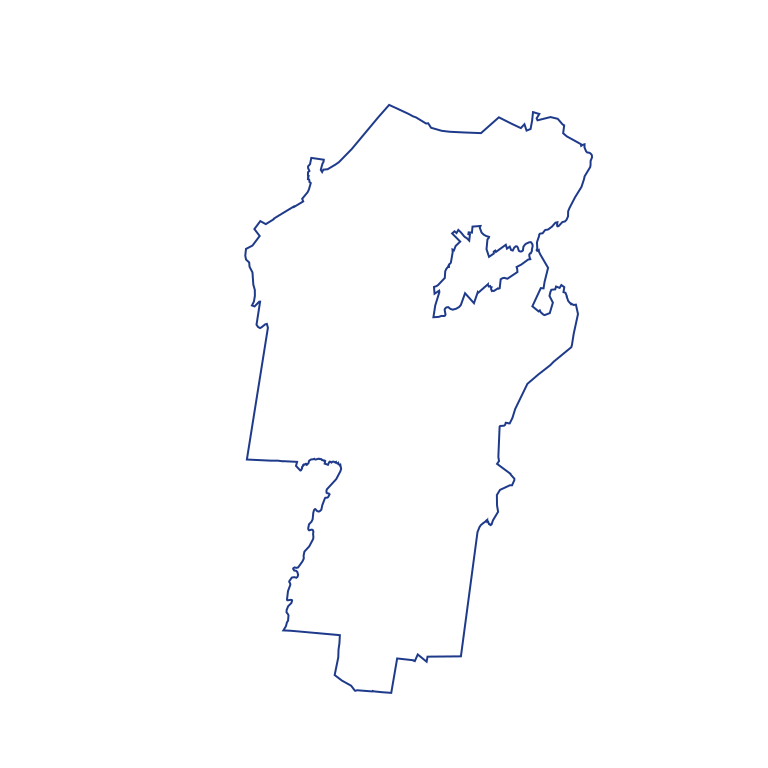 Abavas pag., Talsi, Latvia, rotated 286°
{"feature_id": "27541924B53865799489570", "entity_name": "Abavas pag.", "entity_type": "district", "adm_level": 2, "iso_a3": "LVA", "parent_name": "Latvia", "parent_adm1": "Talsi", "projection": "robinson", "projection_center": [22.52, 57.069], "detail": "fine", "context": "isolated", "style": "outline", "palette": "blue", "viewbox_px": 768, "rotation_deg": 286, "n_neighbors": 0, "source": "geoboundaries", "source_scale": "gbopen_adm2", "svg_char_len": 6155}
<svg xmlns="http://www.w3.org/2000/svg" viewBox="0 0 768 768"><g transform="rotate(286 384 384)"><path d="M653.7,312.0L638.7,304.9L600.9,288.2L584.8,279.5L581.5,276.8L574.9,270.6L573.3,266.6L570.7,266.1L572.4,264.2L578.3,264.1L581.1,264.6L583.0,264.3L581.3,251.8L574.9,252.3L572.5,251.1L571.9,251.1L570.5,251.6L568.2,253.6L566.6,252.6L563.8,253.3L563.1,253.7L563.1,254.2L562.0,253.9L561.6,254.4L560.2,254.3L559.9,254.4L560.0,255.3L559.6,255.9L557.6,256.7L557.0,258.2L550.2,258.2L547.3,257.7L539.5,254.3L537.2,256.0L529.4,248.7L529.8,248.4L517.5,237.0L512.6,232.5L512.0,232.6L505.1,226.3L506.5,220.2L497.2,216.7L492.0,223.7L480.8,219.4L475.8,214.1L469.0,215.3L465.6,217.1L463.7,220.9L459.7,222.4L455.0,226.8L443.5,231.0L438.8,233.9L433.1,235.6L428.6,236.1L427.3,236.2L423.1,235.4L422.9,238.2L428.7,241.3L429.0,242.2L405.9,245.1L404.1,247.2L403.6,249.4L404.7,250.6L408.5,253.3L409.5,254.8L406.1,256.9L273.6,273.0L279.2,296.7L281.1,303.4L281.8,308.1L282.0,308.2L285.2,321.9L281.0,322.0L277.8,327.4L278.2,328.0L280.3,328.5L281.5,328.1L282.8,328.7L283.6,328.5L284.5,329.1L284.3,329.5L284.5,329.8L285.5,330.5L285.3,330.9L285.6,331.3L285.0,331.6L284.9,332.0L287.0,333.2L289.6,333.2L291.3,334.6L292.2,336.8L292.9,337.6L292.5,338.6L292.6,339.3L294.1,341.5L294.0,342.4L294.4,342.9L294.2,343.5L294.5,344.6L293.8,345.4L294.0,346.2L293.6,347.1L294.1,348.0L293.8,348.7L291.1,348.9L290.9,352.4L293.6,352.8L294.5,353.4L294.0,355.2L294.9,355.6L295.5,357.0L295.2,358.4L295.8,359.2L295.1,359.4L295.3,360.0L294.7,361.1L294.7,361.7L295.3,361.9L294.3,362.6L294.1,363.5L293.4,363.5L293.7,363.6L293.4,364.1L294.1,364.4L290.6,366.2L288.0,366.1L279.4,364.3L267.0,358.1L265.4,358.1L263.6,358.8L263.4,359.4L263.5,361.1L263.1,362.0L262.8,362.1L260.0,361.5L259.2,360.9L258.4,358.9L257.6,358.7L250.7,358.1L245.9,358.4L244.2,357.4L243.4,356.5L243.4,354.8L244.8,352.5L244.5,351.9L243.3,351.5L240.9,351.5L234.3,352.7L231.8,352.3L228.5,350.6L224.4,350.9L223.2,351.5L222.7,352.4L224.0,354.4L224.1,355.4L223.8,356.0L222.6,356.8L220.2,357.2L217.5,358.3L215.4,358.6L207.3,356.9L201.0,353.7L197.0,354.0L194.1,355.0L191.0,354.5L184.0,352.0L183.2,350.7L183.0,348.6L182.1,347.7L181.3,347.6L180.0,349.0L180.2,351.1L179.4,352.5L176.8,354.1L174.8,354.0L173.6,353.2L173.6,351.0L172.5,348.7L168.3,347.3L167.6,347.5L166.4,348.8L165.1,349.3L158.4,348.8L149.9,350.2L149.5,350.6L149.6,351.2L150.7,353.5L151.0,354.9L150.4,355.4L147.9,355.3L143.9,353.1L139.9,352.7L137.7,353.2L136.1,355.3L135.2,356.0L130.0,357.0L128.1,356.4L124.2,356.5L119.4,355.2L121.1,362.4L130.4,410.8L122.6,412.6L116.1,413.5L108.6,415.4L90.6,416.8L87.3,425.3L84.9,435.6L81.2,440.5L81.2,441.0L82.2,442.6L85.1,456.8L85.4,457.8L85.8,457.8L85.8,459.3L87.3,467.6L89.1,476.1L123.8,472.3L126.4,487.5L126.5,488.5L126.2,488.6L126.1,490.0L133.3,491.0L128.8,501.5L133.9,501.0L143.4,533.0L267.4,514.7L272.6,515.2L274.9,515.9L277.6,517.7L279.4,519.2L281.0,520.0L280.2,520.8L281.1,521.0L280.0,521.4L280.3,522.1L278.3,523.5L278.2,524.0L278.4,524.3L277.7,525.2L278.4,526.0L278.2,526.6L278.7,526.1L283.0,526.3L292.6,528.9L298.5,526.1L308.4,523.1L314.2,524.7L321.4,533.0L321.9,535.0L327.6,535.8L328.9,535.4L332.0,530.5L332.5,530.4L338.4,514.7L341.6,515.8L345.5,514.0L374.8,506.9L375.7,507.3L377.0,510.9L378.2,511.7L380.3,511.7L380.6,513.7L380.4,514.2L380.8,515.7L386.8,516.8L396.2,517.0L423.7,521.8L435.8,529.8L448.0,538.7L452.3,541.0L471.0,553.9L473.3,553.9L484.6,552.5L504.7,551.2L513.2,546.6L512.2,544.5L512.9,541.7L512.4,541.6L514.6,538.2L518.4,535.5L518.7,535.6L521.7,533.3L521.8,531.2L526.8,530.6L528.0,527.2L524.8,526.3L525.1,522.5L522.2,522.5L520.7,518.9L518.4,518.6L514.3,518.8L508.8,523.9L497.8,523.8L494.5,519.4L494.6,518.1L496.2,514.8L497.7,513.5L496.4,512.6L499.6,505.2L519.4,508.3L519.9,511.0L526.5,510.2L540.9,509.7L551.8,498.3L554.0,496.4L555.5,495.8L554.2,494.6L554.8,493.8L556.5,494.0L562.2,492.0L563.5,492.0L569.2,492.3L570.4,492.0L571.5,492.5L572.6,494.9L576.3,496.4L576.7,496.9L577.6,499.0L578.2,499.5L581.6,502.1L586.3,504.3L587.3,506.1L584.6,506.5L583.7,506.9L583.4,507.3L583.6,507.8L584.2,508.5L588.8,510.8L590.2,513.2L592.2,514.2L595.9,514.7L600.8,513.4L604.4,513.8L616.2,516.2L627.9,519.5L636.1,519.8L638.9,519.6L649.3,522.4L651.4,522.2L655.3,521.1L659.3,521.5L661.3,520.7L662.1,519.7L662.9,518.0L662.6,515.4L663.4,514.1L666.7,511.5L669.7,510.7L668.9,509.4L667.3,507.9L668.8,507.2L672.4,491.5L674.4,487.1L682.3,485.9L682.7,484.2L686.8,477.9L686.5,470.5L679.8,458.9L681.4,457.5L686.4,458.9L686.4,452.3L677.9,453.8L669.5,454.6L666.9,451.2L672.4,447.4L667.7,445.0L669.4,434.6L672.0,420.9L651.9,408.1L647.8,391.4L644.6,377.7L643.3,369.8L643.3,358.6L646.8,354.6L646.0,352.6L649.1,341.3L649.3,338.0L650.4,333.2L653.7,312.0ZM508.5,456.4L497.5,449.3L498.0,448.8L486.5,448.2L493.6,436.9L481.2,436.1L478.9,435.1L476.3,432.7L474.4,429.6L474.5,427.1L475.6,424.5L474.8,422.8L473.2,421.9L472.1,421.8L467.7,424.0L466.4,423.7L465.9,423.0L465.3,420.5L463.6,418.1L461.8,413.1L473.7,411.6L487.6,411.9L488.9,411.3L484.7,407.7L491.1,405.3L492.5,407.4L494.0,408.7L502.7,413.2L509.2,411.8L511.6,412.1L514.0,413.1L514.4,414.2L515.4,414.0L515.5,413.4L516.9,413.6L518.3,414.6L519.3,414.8L529.6,413.7L532.1,412.8L531.7,414.4L536.4,414.8L541.9,418.0L547.5,408.0L550.2,409.7L549.1,412.1L552.6,413.0L550.9,416.2L548.1,420.2L547.4,421.7L547.1,423.2L545.3,426.4L551.3,425.4L551.3,423.8L553.1,423.6L553.7,426.8L559.7,425.7L562.5,433.2L560.6,433.0L556.4,436.1L555.0,438.8L554.4,441.6L554.4,444.4L553.3,444.4L551.4,443.6L541.8,445.4L535.2,449.9L539.7,453.6L541.5,453.0L542.9,454.2L541.8,455.2L551.4,462.7L548.0,464.9L550.7,467.0L547.8,469.3L547.8,471.0L551.1,471.6L552.8,472.9L552.9,473.9L552.1,475.0L549.2,476.9L548.9,478.3L549.3,479.7L550.6,480.7L554.5,480.2L557.1,481.2L558.2,482.1L560.3,484.6L560.8,486.0L560.6,486.6L559.0,488.3L557.4,488.9L553.7,489.1L552.8,489.5L550.1,489.1L549.7,488.3L548.3,488.0L546.3,488.8L544.3,490.2L543.4,488.3L536.6,483.0L533.0,479.2L531.1,480.4L528.4,481.4L519.2,473.6L519.2,470.3L518.4,468.8L516.9,467.3L507.9,468.8L507.1,467.6L507.3,467.1L503.7,464.0L503.6,462.7L503.1,462.1L504.5,460.9L505.9,460.5L506.6,460.7L506.6,459.8L507.4,459.0L506.6,458.0L507.7,456.6L508.5,456.4Z" fill="none" stroke="#1e3a8a" stroke-width="2"/></g></svg>